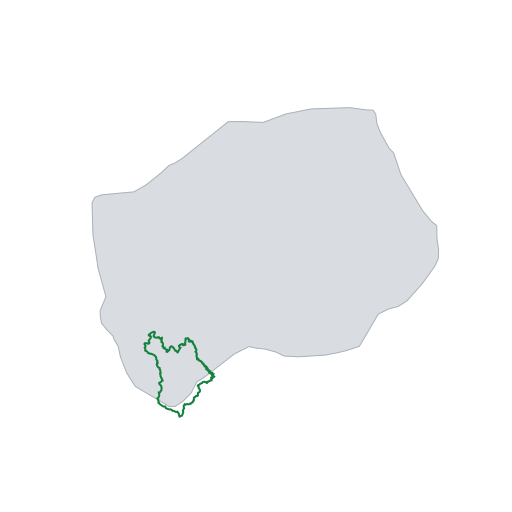 Tosing, Quthing, Lesotho (highlighted), rotated 20°
{"feature_id": "5366337B57402845150405", "entity_name": "Tosing", "entity_type": "district", "adm_level": 2, "iso_a3": "LSO", "parent_name": "Lesotho", "parent_adm1": "Quthing", "projection": "albers", "projection_center": [28.037, -30.451], "detail": "fine", "context": "in_parent", "style": "outline", "palette": "green", "viewbox_px": 512, "rotation_deg": 20, "n_neighbors": 0, "source": "geoboundaries", "source_scale": "gbopen_adm2", "svg_char_len": 7019}
<svg xmlns="http://www.w3.org/2000/svg" viewBox="0 0 512 512"><g transform="rotate(20 256 256)"><path d="M330.9,336.0L317.7,340.1L315.9,340.4L307.5,339.4L296.2,340.4L287.3,342.6L280.4,343.5L269.2,355.4L248.8,387.8L243.4,394.5L241.9,407.2L237.2,417.3L231.4,425.1L225.8,427.0L208.9,423.9L187.2,419.9L174.6,410.2L163.3,397.4L157.4,388.1L151.2,383.0L149.0,380.2L140.2,375.9L136.8,373.7L133.9,372.1L130.3,365.9L128.2,360.6L128.9,345.6L122.6,336.7L111.8,321.5L105.0,309.0L95.6,292.0L89.8,277.4L83.8,262.3L84.5,255.8L90.1,251.3L106.5,243.5L119.3,237.5L128.4,226.7L138.3,210.5L143.2,200.8L148.0,196.3L153.3,189.5L162.5,174.3L172.9,157.4L183.9,139.3L197.9,134.1L217.1,128.0L235.6,112.2L257.6,98.9L293.1,84.6L309.7,81.0L316.0,78.9L320.0,81.7L324.2,90.0L330.1,96.9L344.1,109.1L350.0,112.0L364.3,129.9L379.6,142.3L397.2,156.5L409.3,163.6L415.4,165.6L420.3,178.2L425.4,187.5L428.2,196.2L427.5,204.6L421.7,225.2L413.3,246.3L406.7,255.0L398.7,260.4L390.8,268.7L387.7,285.6L384.0,305.5L373.8,313.6L365.9,318.9L355.0,325.4L330.9,336.0Z" fill="#d9dde1" stroke="#a8b0b8" stroke-width="1"/><path d="M214.6,427.4L215.6,427.8L217.4,428.3L218.5,428.7L220.4,429.1L221.3,428.9L222.0,428.4L222.3,428.5L222.9,429.3L223.5,429.9L223.9,430.0L224.5,429.8L225.2,429.9L226.8,429.9L227.9,429.4L228.5,429.4L229.3,429.4L230.4,430.0L231.0,430.0L231.5,429.7L232.3,429.6L233.5,430.0L234.5,429.9L235.3,429.2L235.5,429.1L236.5,430.1L236.9,430.2L237.7,430.9L237.9,431.7L238.3,432.0L238.9,433.0L239.2,433.1L239.7,432.7L240.3,431.7L240.9,431.5L241.1,430.6L241.1,429.3L241.1,427.8L241.0,427.4L240.3,426.6L240.1,426.1L240.3,425.4L240.2,424.6L240.5,424.1L240.5,423.6L239.6,422.5L239.6,422.0L239.4,421.5L239.3,421.1L239.7,420.1L239.7,419.7L240.8,419.8L241.2,419.1L242.1,418.6L242.9,418.6L243.5,418.4L243.8,418.2L244.2,417.5L244.9,417.4L245.3,417.0L245.4,416.3L245.7,415.8L246.5,415.3L246.4,414.6L246.5,414.2L246.8,414.0L246.8,413.5L246.6,413.1L247.0,412.5L246.4,411.6L246.1,410.5L246.2,410.1L247.0,409.5L247.0,409.0L247.4,408.6L247.5,408.1L247.7,407.8L248.0,407.7L248.7,407.6L248.9,407.5L249.0,407.2L249.1,406.7L248.8,406.1L248.6,404.9L248.3,404.5L248.7,403.9L249.4,403.2L249.5,402.1L249.3,401.4L249.0,400.8L247.3,399.8L247.0,398.6L245.7,398.0L245.9,396.9L246.9,396.3L247.2,395.1L248.3,394.3L248.9,393.7L249.0,392.8L249.8,392.2L250.5,391.8L250.9,391.9L251.5,391.8L251.9,391.5L253.0,392.2L253.4,392.0L253.5,391.1L253.7,390.6L254.0,390.3L254.3,390.3L254.4,390.0L255.1,389.6L255.1,389.3L255.6,388.7L256.3,388.3L256.2,388.0L256.7,387.9L256.5,387.4L256.0,386.8L256.0,386.3L255.6,385.8L256.2,385.6L256.8,385.9L257.0,385.7L256.9,385.5L256.7,385.5L256.6,385.2L256.2,385.0L256.5,384.7L256.3,384.5L256.1,384.0L256.2,383.9L256.5,383.9L256.6,384.1L257.2,384.2L257.4,383.9L257.9,383.9L258.0,383.7L257.2,383.4L257.0,383.8L256.7,383.9L256.5,383.5L256.5,383.0L256.3,382.7L256.6,382.6L256.4,381.6L256.2,381.7L256.2,382.1L255.4,381.7L255.5,382.6L255.2,382.8L254.9,382.7L254.6,381.6L253.9,381.9L253.6,381.9L253.6,381.5L253.9,381.1L252.5,381.4L252.4,381.1L252.4,380.7L251.8,381.1L251.8,380.3L252.0,380.3L252.4,380.4L252.0,379.9L251.6,379.9L251.1,379.6L250.9,379.9L250.4,380.1L250.2,379.9L249.8,380.0L249.8,379.8L250.1,379.7L249.4,379.6L249.3,379.2L249.3,378.8L249.1,378.8L248.9,379.2L248.6,379.2L248.9,378.8L248.8,378.2L248.7,378.2L248.5,378.4L248.0,378.5L248.1,378.2L248.3,377.9L248.2,377.7L247.9,377.9L247.1,377.7L246.8,377.0L246.2,377.4L245.9,377.4L245.7,377.0L245.7,376.9L246.0,376.9L245.9,376.7L245.6,376.5L245.2,376.6L245.2,376.9L245.1,377.0L244.5,376.6L244.3,376.2L243.8,375.8L243.7,375.4L243.4,375.5L243.1,375.3L242.8,375.5L242.6,375.5L242.1,374.9L242.1,374.6L241.7,374.5L241.3,374.0L240.5,374.1L240.0,373.6L239.8,373.8L238.7,373.6L238.4,373.7L238.2,373.5L237.9,373.4L237.6,373.1L237.2,373.0L237.1,372.5L236.8,372.4L236.4,372.6L236.5,372.9L236.3,373.3L235.9,373.2L235.7,372.6L235.9,372.4L235.9,372.0L235.6,371.7L235.1,371.6L234.6,371.0L234.4,370.3L234.1,369.9L234.3,369.3L234.1,368.9L233.8,368.7L233.8,368.4L233.4,367.5L232.0,366.7L232.3,366.3L232.3,365.8L232.2,364.8L231.9,364.3L231.7,364.0L231.2,363.8L231.2,363.5L230.8,363.2L230.0,363.0L229.7,362.0L229.5,361.7L228.9,361.4L228.7,361.0L228.2,360.9L227.6,360.1L227.0,360.0L226.7,359.7L226.2,358.6L225.8,358.5L225.3,357.9L224.9,357.9L224.4,358.8L223.6,358.7L223.3,358.0L223.1,358.0L222.9,358.2L222.5,357.9L222.4,358.3L222.2,358.6L222.5,359.0L222.4,359.2L222.0,358.9L222.0,358.4L221.4,357.8L221.4,357.5L221.2,357.2L220.8,357.1L220.2,356.5L219.7,356.6L218.8,357.6L218.2,357.5L218.1,357.8L218.1,358.4L218.5,358.7L218.7,359.4L218.7,360.0L219.0,360.9L219.1,362.1L219.4,362.4L219.5,363.0L219.9,363.5L219.4,364.0L218.4,364.7L218.2,364.7L218.2,364.4L217.6,364.2L217.3,363.7L217.0,363.8L216.1,364.3L216.1,364.5L215.3,365.4L215.0,365.5L214.7,366.0L214.3,366.9L214.7,367.4L215.5,368.0L216.3,368.0L215.8,370.4L215.6,372.6L215.3,373.4L214.9,373.3L214.3,372.8L213.8,372.6L213.5,372.3L212.5,372.6L212.0,372.2L211.1,371.3L210.3,370.7L209.7,370.7L209.2,370.1L207.5,369.7L206.7,370.5L206.4,371.6L206.6,372.4L206.6,373.6L206.8,374.2L206.0,375.1L205.5,376.4L205.0,376.3L204.6,376.4L204.6,375.8L204.5,375.2L205.0,374.8L204.4,374.4L204.2,374.4L203.5,374.6L201.9,374.2L201.5,374.2L201.4,373.6L200.8,374.1L200.4,374.1L199.8,373.0L198.9,372.7L199.2,371.8L198.9,371.2L198.4,369.9L197.9,369.5L197.3,369.3L196.7,369.3L196.6,368.1L196.0,367.9L196.0,367.4L195.7,366.8L195.9,366.5L195.8,365.3L195.6,365.0L194.8,365.7L194.5,366.4L194.4,366.5L193.7,366.5L193.0,366.2L192.7,365.6L192.3,365.6L191.5,365.9L191.1,366.5L190.4,366.9L188.6,367.0L187.8,366.9L187.5,366.8L187.2,366.3L187.1,365.7L187.3,362.7L186.6,362.0L185.7,362.2L183.6,364.3L183.3,364.8L183.1,365.6L182.5,366.1L182.2,366.5L182.3,367.1L183.1,367.5L184.1,367.3L184.8,367.7L185.1,368.8L184.7,370.6L184.2,371.3L184.1,372.1L184.3,372.7L185.4,373.6L185.5,373.8L185.5,374.3L185.1,374.5L185.1,375.1L184.6,375.4L183.4,375.2L181.4,376.0L181.2,376.4L181.3,376.9L181.8,377.4L182.6,377.8L182.9,378.2L183.1,379.1L182.7,380.1L182.9,380.3L183.0,380.3L183.6,380.8L184.3,382.8L185.0,382.7L185.3,382.9L186.6,383.1L187.6,384.0L188.6,384.1L189.0,383.9L189.7,384.1L190.3,384.0L190.7,383.7L194.1,383.9L195.2,384.4L195.6,384.7L196.5,385.0L196.8,385.6L197.1,385.8L197.5,387.1L198.2,387.7L199.3,388.4L199.7,389.1L199.3,389.7L199.6,390.1L200.3,390.6L199.8,391.3L199.8,392.0L200.2,392.4L200.7,392.9L200.9,393.3L201.5,393.5L202.0,394.0L203.0,394.2L203.6,394.1L204.1,394.9L204.1,395.3L205.0,395.9L205.3,396.5L205.3,396.9L206.4,398.3L206.0,399.3L206.8,400.1L207.3,401.4L207.8,402.0L208.1,402.1L208.6,402.9L208.8,403.1L209.3,403.2L209.7,403.9L210.1,404.1L210.8,404.8L210.9,405.0L210.2,405.6L209.9,406.3L209.8,407.0L209.6,407.3L208.9,407.7L208.4,408.5L209.1,409.4L210.5,410.1L211.0,410.2L211.4,410.8L212.0,411.3L212.2,412.0L212.5,412.5L212.5,413.0L212.8,413.6L212.9,414.3L213.1,414.6L212.6,415.5L212.5,416.4L212.4,417.0L211.3,417.5L212.3,419.1L212.8,420.1L212.8,420.6L212.9,421.9L212.0,423.3L212.0,423.6L213.4,424.5L213.6,425.5L214.1,426.0L214.3,426.4L214.7,426.6L214.6,427.4Z" fill="none" stroke="#15803d" stroke-width="2"/></g></svg>